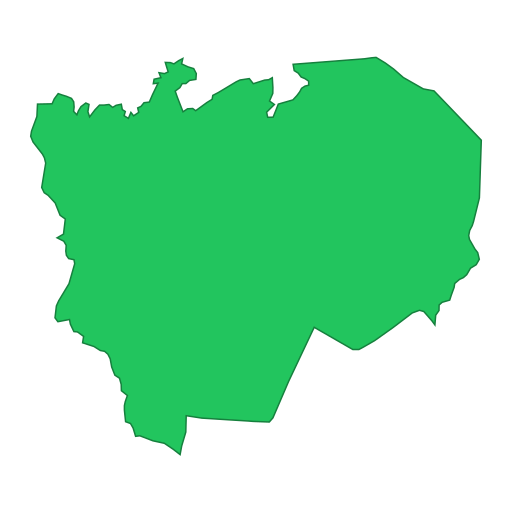 Currais Novos, Rio Grande do Norte, Brazil (Robinson projection)
{"feature_id": "56859067B29733795279027", "entity_name": "Currais Novos", "entity_type": "district", "adm_level": 2, "iso_a3": "BRA", "parent_name": "Brazil", "parent_adm1": "Rio Grande do Norte", "projection": "robinson", "projection_center": [-36.481, -6.242], "detail": "fine", "context": "isolated", "style": "filled", "palette": "green", "viewbox_px": 512, "rotation_deg": 0, "n_neighbors": 0, "source": "geoboundaries", "source_scale": "gbopen_adm2", "svg_char_len": 2500}
<svg xmlns="http://www.w3.org/2000/svg" viewBox="0 0 512 512"><path d="M180.1,454.6L181.7,445.9L185.8,432.1L186.2,415.7L201.8,418.1L230.3,419.9L248.2,421.0L253.1,421.4L269.3,422.0L272.9,417.9L288.7,381.2L314.2,327.3L352.8,349.5L358.9,349.5L363.0,347.3L374.5,340.7L393.1,327.5L412.3,312.9L419.5,310.3L423.8,311.5L431.9,320.8L434.9,324.9L435.7,315.2L439.0,310.5L439.1,305.0L442.1,302.3L449.7,300.1L451.3,295.1L454.1,287.4L454.7,283.5L459.5,279.4L463.4,277.6L466.7,274.7L470.5,268.2L476.2,264.7L479.3,259.3L477.7,252.6L474.9,249.0L471.4,242.8L469.5,239.5L468.7,235.6L469.7,230.4L472.2,225.7L473.5,221.7L479.4,197.9L481.3,140.2L434.0,90.9L423.3,88.9L403.3,77.5L393.7,69.1L385.3,63.0L376.1,57.4L371.6,57.8L364.4,58.8L293.1,64.3L294.2,70.6L298.2,73.1L301.1,77.0L304.9,78.6L308.6,81.1L308.7,85.2L305.0,86.1L301.6,88.3L299.8,91.7L296.9,95.6L292.9,99.9L278.3,104.1L276.0,110.0L273.1,117.2L267.7,117.3L266.6,112.2L274.4,104.5L269.5,101.0L272.8,93.4L272.9,87.6L272.3,77.7L268.7,79.7L264.6,80.1L253.3,83.7L249.3,78.6L240.0,80.0L236.2,81.8L223.4,89.5L218.2,92.6L212.8,95.4L212.1,99.3L206.8,102.6L195.7,110.7L192.7,108.5L187.5,108.8L183.0,111.8L177.3,97.1L175.2,91.1L179.9,87.6L182.2,83.6L185.8,83.6L189.6,80.4L195.9,79.4L196.3,73.6L193.7,68.6L188.1,66.9L181.6,63.9L182.8,58.5L178.6,60.7L173.9,63.9L170.4,62.6L165.3,62.4L166.8,67.5L168.2,71.9L164.5,73.6L159.0,72.7L160.9,77.7L154.1,79.2L153.3,83.7L158.1,83.1L152.5,94.7L149.3,102.1L144.0,102.7L141.0,106.4L137.7,107.9L138.7,112.4L133.6,115.8L130.9,112.4L128.4,118.4L124.1,115.7L125.3,111.5L122.3,109.6L121.3,104.2L116.1,105.3L112.7,107.4L109.0,104.5L103.9,105.1L99.5,105.1L95.0,109.8L89.6,116.9L87.9,111.7L89.0,104.4L85.8,103.0L81.0,106.6L78.4,110.9L76.9,114.8L73.6,111.4L74.1,107.0L73.7,101.8L71.5,98.4L66.4,96.3L62.2,95.0L58.2,93.6L54.3,98.8L52.1,103.8L37.5,104.1L36.9,116.5L31.5,131.2L30.7,136.3L33.1,142.1L42.5,154.2L44.4,157.8L45.7,163.1L41.7,187.5L44.2,192.7L48.1,195.3L55.2,203.0L60.1,215.3L65.3,219.0L63.5,234.1L57.1,237.8L63.8,241.2L66.2,245.4L65.8,251.1L66.4,255.3L68.7,258.6L74.0,259.7L74.7,263.7L69.0,283.7L58.7,300.8L56.4,305.9L55.0,317.8L57.9,321.7L69.5,319.5L70.4,324.2L73.9,331.6L77.4,331.9L83.6,336.4L82.6,342.8L94.0,346.5L100.3,350.5L104.6,351.3L107.9,354.2L110.2,358.8L111.7,367.0L114.9,375.2L119.5,378.2L121.2,384.4L121.4,390.7L127.4,395.5L125.3,401.5L124.4,405.6L124.4,410.1L125.6,421.7L130.5,423.5L133.1,428.0L135.6,436.3L139.9,435.8L152.9,440.8L164.4,443.3L173.1,449.2L180.1,454.6Z" fill="#22c55e" stroke="#15803d" stroke-width="1.5"/></svg>